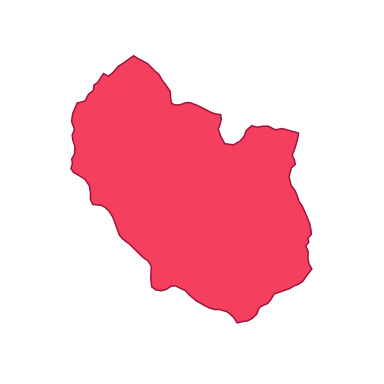 Barbosa, São Paulo, Brazil (Natural Earth projection), rotated 202°
{"feature_id": "56859067B46640188812314", "entity_name": "Barbosa", "entity_type": "district", "adm_level": 2, "iso_a3": "BRA", "parent_name": "Brazil", "parent_adm1": "São Paulo", "projection": "natural_earth1", "projection_center": [-49.922, -21.291], "detail": "fine", "context": "isolated", "style": "filled", "palette": "rose", "viewbox_px": 384, "rotation_deg": 202, "n_neighbors": 0, "source": "geoboundaries", "source_scale": "gbopen_adm2", "svg_char_len": 1764}
<svg xmlns="http://www.w3.org/2000/svg" viewBox="0 0 384 384"><g transform="rotate(202 192 192)"><path d="M297.1,296.5L300.2,291.9L303.2,286.8L307.4,281.1L310.0,273.2L313.0,267.9L318.4,268.7L319.6,262.9L320.5,258.2L322.9,254.6L321.6,249.1L324.6,243.8L325.4,236.2L331.8,231.5L332.0,219.9L330.1,212.4L324.4,206.0L324.4,199.7L321.6,195.0L317.8,190.7L315.1,183.2L315.9,177.6L313.5,173.4L313.0,168.4L309.3,165.8L303.4,165.0L296.2,163.8L289.6,159.4L286.1,153.7L283.3,146.9L279.3,143.3L271.0,145.6L267.0,145.2L261.9,143.3L256.0,139.0L249.4,131.8L243.2,124.8L238.6,122.5L230.3,120.2L216.4,114.4L212.5,112.9L207.0,111.7L201.8,107.8L198.2,97.1L193.9,89.0L189.1,87.7L183.8,88.8L179.5,91.8L176.1,96.8L172.3,98.8L166.4,98.3L161.1,98.0L155.3,95.3L147.1,92.7L138.6,91.5L132.7,91.0L127.0,91.5L122.5,93.3L115.1,94.1L111.2,93.2L105.9,91.1L101.2,87.5L96.0,91.1L92.2,93.3L88.8,97.3L86.3,103.0L86.3,110.2L83.3,113.9L80.2,116.7L78.6,121.5L77.6,128.3L65.3,139.0L62.4,142.9L58.7,146.4L55.8,150.9L54.0,158.7L52.0,165.5L56.4,169.0L59.4,173.4L62.1,180.6L66.3,184.6L64.9,189.2L67.2,192.8L65.4,197.5L67.8,201.8L71.0,206.8L77.2,213.1L84.2,220.0L89.3,223.4L93.1,227.9L96.5,231.5L102.6,235.3L107.5,242.1L108.3,246.6L108.9,251.4L106.6,256.4L109.0,260.0L112.8,263.5L113.0,271.7L113.9,280.9L115.3,286.6L132.2,284.6L138.0,280.9L146.0,281.6L151.5,279.3L155.8,276.5L161.5,275.8L164.7,269.5L164.6,263.0L166.4,257.4L171.1,251.3L179.7,249.1L185.9,254.1L191.3,260.2L191.3,265.5L192.2,270.6L194.3,274.5L199.4,273.2L204.0,273.0L207.9,273.3L212.8,273.8L220.2,274.3L227.5,274.1L231.2,272.5L236.0,268.2L240.2,266.4L244.1,266.5L247.0,271.0L249.7,277.0L256.6,281.6L261.7,284.6L266.7,288.6L272.1,290.4L275.9,292.1L281.3,294.4L291.6,295.4L297.1,296.5Z" fill="#f43f5e" stroke="#9f1239" stroke-width="1.5"/></g></svg>